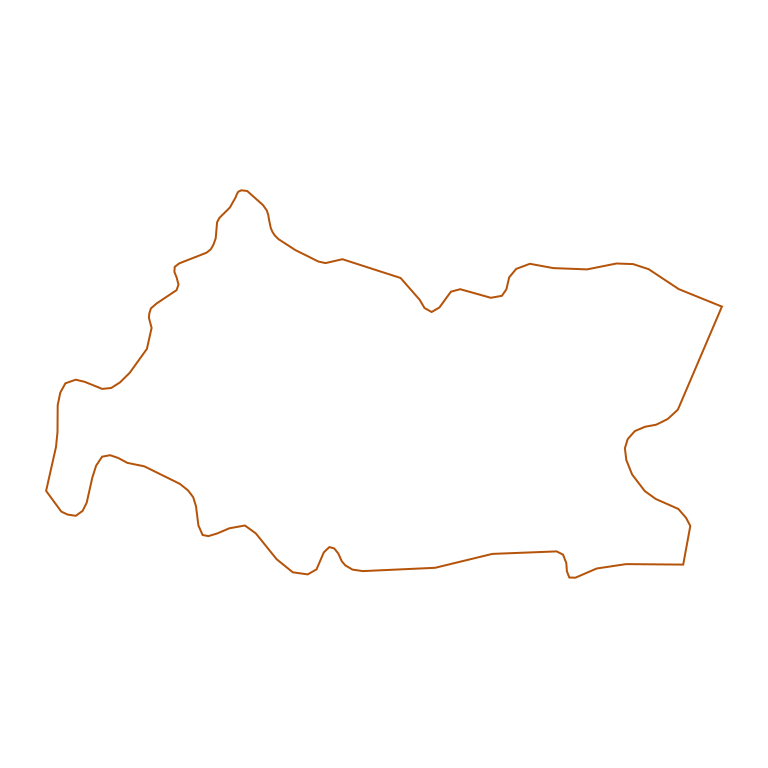 the Province of Tissemsilt
{"feature_id": "DZA-2206", "entity_name": "Tissemsilt", "entity_type": "Province", "adm_level": 1, "iso_a3": "DZA", "parent_name": "Algeria", "parent_adm1": "", "projection": "equal_earth", "projection_center": [1.694, 35.775], "detail": "fine", "context": "isolated", "style": "outline", "palette": "amber", "viewbox_px": 768, "rotation_deg": 0, "n_neighbors": 0, "source": "natural_earth", "source_scale": "10m", "svg_char_len": 1672}
<svg xmlns="http://www.w3.org/2000/svg" viewBox="0 0 768 768"><path d="M342.4,259.2L400.6,278.0L419.6,299.7L424.5,308.0L431.6,312.0L439.4,307.5L450.9,291.7L460.2,289.2L490.9,297.8L501.9,295.8L506.4,289.3L509.2,277.3L516.2,268.9L529.9,263.8L553.3,268.1L587.0,269.4L616.5,263.5L633.1,264.1L648.7,269.2L678.7,289.1L721.9,306.6L677.9,409.6L667.7,419.0L656.2,424.7L644.9,426.8L634.8,431.1L627.7,439.1L624.9,448.2L626.3,460.0L632.1,474.5L644.8,491.1L655.8,499.0L678.4,509.0L686.1,517.9L690.3,526.0L683.2,564.6L626.1,564.1L596.7,568.5L575.4,577.7L569.3,577.5L566.9,571.3L566.3,563.0L563.0,554.6L556.6,551.4L492.3,553.9L435.1,567.8L362.8,571.1L352.5,569.6L345.2,565.3L341.7,561.1L338.3,553.5L334.2,548.4L329.3,547.1L323.8,552.4L316.5,569.4L307.7,574.4L292.8,572.3L276.6,559.2L255.8,533.4L244.9,525.5L229.3,528.3L217.1,533.5L208.4,536.1L202.6,535.0L198.4,525.4L196.0,506.3L193.2,497.2L187.9,490.3L179.9,483.9L144.2,466.3L127.4,462.9L118.3,458.0L110.1,455.2L102.1,456.7L96.1,465.7L92.3,477.7L86.7,502.7L82.6,510.9L75.8,515.8L67.7,514.6L61.3,511.6L46.1,490.9L56.0,447.0L57.5,432.0L57.7,405.2L60.3,392.6L65.4,383.3L75.7,379.7L84.6,381.8L102.2,388.9L111.1,388.0L120.0,382.4L129.7,372.8L146.9,348.9L151.6,327.9L148.9,317.8L149.3,313.5L150.9,308.4L156.7,303.4L176.6,290.1L178.5,284.6L176.7,277.7L174.4,271.9L174.7,266.9L179.2,263.4L206.7,252.6L210.8,249.3L213.5,244.5L215.7,238.3L217.1,222.2L219.4,217.9L229.9,207.5L235.8,197.0L236.5,195.1L237.0,193.9L238.3,191.7L241.5,190.3L247.2,191.0L263.0,205.1L266.8,210.5L268.3,215.1L269.0,219.6L270.8,228.1L272.4,231.8L274.8,235.5L278.7,239.3L295.4,250.1L318.3,261.5L325.5,263.1L342.4,259.2Z" fill="none" stroke="#b45309" stroke-width="2"/></svg>